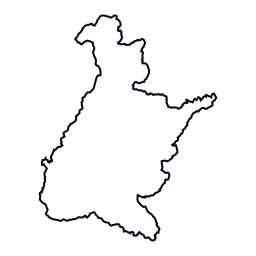 Mongmit, Shan, Myanmar (Natural Earth projection)
{"feature_id": "60261553B47927244306480", "entity_name": "Mongmit", "entity_type": "district", "adm_level": 2, "iso_a3": "MMR", "parent_name": "Myanmar", "parent_adm1": "Shan", "projection": "natural_earth1", "projection_center": [96.697, 23.526], "detail": "fine", "context": "isolated", "style": "outline", "palette": "ink", "viewbox_px": 256, "rotation_deg": 0, "n_neighbors": 0, "source": "geoboundaries", "source_scale": "gbopen_adm2", "svg_char_len": 5762}
<svg xmlns="http://www.w3.org/2000/svg" viewBox="0 0 256 256"><path d="M116.4,15.8L114.0,15.5L113.3,16.3L110.7,17.7L108.5,16.6L103.2,15.4L100.4,16.1L97.3,20.4L96.6,22.5L94.6,25.6L93.0,25.2L92.0,23.9L90.7,23.8L90.4,24.3L88.7,24.8L87.9,24.7L85.3,25.7L83.2,27.7L83.0,28.4L82.7,28.4L81.8,30.5L81.0,31.7L79.6,33.3L78.8,33.5L77.6,36.2L75.4,38.7L75.4,39.3L76.5,40.3L78.2,42.6L79.4,42.6L80.6,43.9L81.7,44.4L83.6,42.5L87.1,40.6L89.1,41.0L92.8,42.6L93.0,45.2L94.2,47.9L94.3,49.0L93.0,52.4L93.8,54.9L95.9,59.8L96.0,61.0L95.6,63.8L95.7,64.6L96.6,65.6L97.7,65.6L98.4,66.2L100.2,69.3L100.7,74.7L100.2,75.4L98.6,75.3L97.7,75.7L96.9,77.0L96.3,78.4L93.9,87.7L92.8,89.5L90.0,92.4L87.5,92.4L85.3,95.2L84.8,96.5L82.4,97.9L82.7,100.6L82.4,101.8L81.6,102.1L81.6,102.3L81.9,105.3L82.4,107.0L82.4,108.7L79.7,110.2L79.4,111.1L79.6,112.9L77.5,115.2L76.2,115.8L76.1,116.3L76.4,117.1L75.8,118.3L76.2,118.8L75.5,121.0L72.3,123.3L70.5,123.9L70.2,125.2L68.9,125.9L68.6,126.7L67.7,130.2L63.4,132.9L64.5,136.7L61.3,138.2L60.8,140.2L61.6,142.1L61.4,143.4L61.0,143.6L61.2,144.2L62.4,145.4L60.2,146.9L58.6,146.8L58.0,147.1L56.1,148.9L55.5,149.9L54.4,150.3L54.0,149.9L53.8,151.0L53.0,152.2L52.4,154.0L51.1,156.0L51.0,157.6L51.3,159.1L52.1,159.9L52.0,161.1L50.7,161.6L50.1,161.1L49.6,162.5L49.2,162.5L48.0,161.8L47.7,160.3L45.9,159.3L45.6,158.1L44.5,159.7L43.8,160.1L42.6,160.0L41.9,163.0L42.2,165.0L43.8,164.2L44.4,165.5L45.5,166.5L46.8,168.5L45.6,171.3L44.4,173.0L44.6,176.1L45.3,177.1L44.7,178.4L45.2,180.8L44.9,181.9L44.1,183.0L44.2,184.7L43.5,187.8L42.5,187.9L42.7,190.3L41.8,190.9L41.6,192.5L40.9,192.1L39.8,193.1L39.7,194.7L40.2,195.0L40.4,196.5L40.0,197.5L39.9,199.4L40.0,199.9L42.6,202.8L44.7,203.8L46.1,205.4L46.5,207.4L47.6,209.4L47.6,210.2L46.0,213.2L45.9,213.7L46.4,214.7L48.4,216.2L48.8,217.1L52.5,219.1L58.0,220.1L60.3,220.9L61.1,220.8L63.6,219.3L67.1,220.8L68.5,220.4L69.4,219.7L71.0,219.9L73.8,218.9L75.3,219.1L78.6,217.2L82.2,217.5L83.6,216.9L84.9,215.6L85.6,215.9L86.7,217.5L87.2,217.5L89.4,215.4L89.8,213.8L93.9,212.1L95.1,213.2L95.7,214.6L97.9,216.8L98.2,217.9L99.8,217.9L101.9,218.8L103.0,220.8L104.8,222.1L108.6,222.8L110.1,225.1L111.5,225.7L112.8,225.1L115.0,224.7L115.4,224.3L118.5,224.1L119.8,225.7L120.3,227.0L122.0,226.9L123.5,228.6L123.9,231.5L125.5,231.1L127.2,231.7L128.4,232.5L129.6,232.5L130.4,233.3L131.0,232.2L132.5,232.0L133.5,232.6L133.8,234.5L133.4,234.9L134.9,235.8L136.7,235.5L136.9,234.9L137.6,234.1L138.1,234.2L138.5,232.9L139.5,232.1L141.3,234.1L143.4,234.8L144.3,236.8L145.2,237.9L148.6,237.4L150.7,239.7L152.6,240.6L154.8,239.8L154.9,238.7L155.6,238.1L155.7,237.2L154.8,236.2L154.7,235.4L155.1,234.8L156.0,234.4L156.8,232.5L158.5,232.6L158.6,231.1L159.5,229.2L159.4,228.7L156.9,225.4L156.6,224.5L157.1,223.6L157.0,223.2L156.3,222.5L155.8,221.1L155.9,220.3L154.1,217.2L152.9,216.5L152.6,215.5L150.8,213.8L147.8,211.8L145.6,206.8L145.3,206.5L143.4,206.9L143.0,206.7L140.5,204.5L137.9,201.4L137.4,199.0L137.7,195.1L138.1,195.0L138.7,195.6L142.8,197.5L143.5,196.9L144.2,197.2L144.7,196.7L145.5,197.4L145.9,196.5L147.0,196.1L148.9,196.7L150.8,195.3L152.0,195.6L152.7,195.2L153.5,195.2L155.1,193.2L157.9,192.0L160.2,190.4L159.6,189.4L160.7,188.6L161.9,186.0L163.8,183.4L164.6,183.2L165.1,181.7L165.1,180.2L165.6,179.6L167.7,179.7L168.4,179.2L169.2,176.5L169.3,174.3L168.9,173.5L167.8,172.5L166.0,173.0L164.5,172.4L163.5,171.2L161.4,169.9L162.1,168.7L162.5,166.8L161.8,163.9L161.7,161.2L165.0,160.5L167.1,161.4L169.0,160.5L172.3,157.9L172.2,156.5L175.6,154.5L176.3,153.2L177.2,152.5L177.5,151.8L176.1,145.4L172.9,145.6L172.3,144.6L174.6,143.5L175.3,141.7L177.9,140.3L178.0,139.3L177.6,137.8L180.2,135.4L181.1,133.7L182.2,133.4L182.9,131.4L182.7,130.1L185.2,128.3L185.6,126.9L186.8,125.8L187.4,124.9L187.1,123.6L187.4,122.6L189.2,119.4L191.3,117.6L191.6,115.9L193.6,112.8L195.0,112.6L196.2,111.4L197.0,111.1L198.2,111.6L200.2,109.4L202.1,108.0L203.2,107.8L205.8,109.0L207.1,108.6L208.0,107.8L212.2,105.7L212.5,103.9L212.2,102.4L213.8,100.6L214.7,100.4L216.3,97.6L214.2,94.0L213.4,93.5L213.0,93.6L212.0,94.8L211.4,96.2L211.3,97.3L210.6,96.7L208.7,96.2L206.1,94.8L205.7,95.6L205.8,96.7L204.8,96.3L203.5,96.7L202.5,98.6L200.7,100.5L200.3,99.6L200.2,98.2L198.7,97.2L198.0,97.4L197.5,98.8L196.5,100.1L195.0,98.8L194.2,99.2L192.7,102.3L191.8,101.8L188.7,101.3L187.7,100.1L186.6,99.7L186.3,100.6L187.7,101.8L187.1,103.1L185.0,102.8L184.0,103.2L183.1,104.7L182.6,104.7L182.4,105.8L181.8,106.2L181.4,107.4L180.2,107.7L179.3,108.7L178.6,108.9L177.7,108.0L176.7,107.6L172.5,107.4L171.3,107.8L170.6,107.6L169.8,106.9L168.3,107.0L167.8,105.2L166.9,103.6L166.5,101.3L166.8,99.5L166.3,98.9L166.7,97.7L166.5,96.6L163.1,95.1L162.3,94.1L160.4,94.9L158.6,94.1L157.7,94.5L154.5,94.4L154.1,94.8L152.8,94.8L152.4,94.0L151.6,93.9L151.0,93.4L150.1,93.5L149.2,94.6L148.0,94.2L147.6,94.4L146.7,94.1L146.6,93.1L145.7,92.5L145.2,91.6L144.3,91.1L143.2,91.5L141.6,90.4L139.4,90.5L136.6,89.3L134.0,89.4L133.0,88.2L133.6,86.3L132.7,85.4L135.0,82.2L136.3,82.0L137.6,82.9L139.6,83.3L141.8,82.2L144.2,81.8L144.7,80.0L146.4,78.8L146.8,77.4L147.6,76.6L148.9,72.9L149.1,70.8L147.7,65.9L146.6,64.2L144.9,63.3L142.7,63.3L142.5,62.5L142.2,62.3L142.7,61.0L142.6,60.4L141.9,59.7L142.7,58.5L142.3,55.0L143.0,53.6L142.7,52.2L142.2,51.5L141.1,51.4L142.5,47.9L143.4,47.2L145.1,42.9L143.9,40.0L143.2,39.3L142.2,39.0L141.0,39.3L140.7,39.9L139.6,40.3L138.3,40.3L137.9,39.8L135.6,41.1L134.6,41.0L133.2,42.8L132.2,42.5L129.7,44.7L125.9,45.0L125.3,44.0L121.7,44.3L118.3,43.7L118.1,42.5L119.5,41.9L121.9,38.4L121.9,36.9L121.9,36.2L121.3,35.5L121.6,34.7L121.2,33.7L121.5,32.2L121.3,31.7L120.9,31.7L120.4,30.6L118.8,31.1L118.0,30.5L118.4,28.5L118.1,28.1L118.6,27.6L118.4,26.9L119.6,26.6L120.7,24.8L120.4,23.2L119.5,21.1L117.9,19.6L116.4,18.9L116.8,17.0L116.4,15.8Z" fill="none" stroke="#020617" stroke-width="2"/></svg>